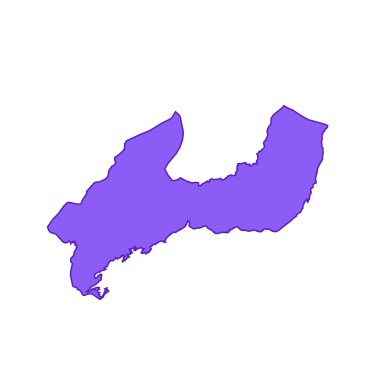 the district of Kolaka Utara, Sulawesi Tenggara, Indonesia, rotated 239°
{"feature_id": "22746128B11198700179718", "entity_name": "Kolaka Utara", "entity_type": "district", "adm_level": 2, "iso_a3": "IDN", "parent_name": "Indonesia", "parent_adm1": "Sulawesi Tenggara", "projection": "natural_earth1", "projection_center": [121.032, -3.263], "detail": "fine", "context": "isolated", "style": "filled", "palette": "violet", "viewbox_px": 384, "rotation_deg": 239, "n_neighbors": 0, "source": "geoboundaries", "source_scale": "gbopen_adm2", "svg_char_len": 6001}
<svg xmlns="http://www.w3.org/2000/svg" viewBox="0 0 384 384"><g transform="rotate(239 192 192)"><path d="M218.7,315.1L217.9,313.3L217.4,310.9L216.3,302.2L214.5,297.9L209.8,294.8L207.7,290.1L205.0,287.3L202.8,287.0L200.8,285.2L198.5,281.6L197.6,279.1L196.8,278.4L193.8,277.6L193.0,276.8L192.4,275.2L192.4,273.6L191.5,272.4L192.2,270.5L191.2,268.5L191.3,267.2L189.5,267.1L187.7,266.3L185.7,264.5L185.5,263.6L185.1,263.8L184.1,262.7L183.0,262.4L183.7,262.1L183.1,261.7L183.3,260.6L183.8,260.6L184.8,259.5L183.7,256.4L184.1,255.5L185.1,255.3L186.2,255.8L186.6,254.2L187.6,253.2L189.7,253.1L191.0,248.6L192.0,247.5L192.5,245.7L191.6,244.9L191.3,245.1L191.0,244.4L190.7,244.8L190.6,244.1L188.7,242.4L187.7,242.8L186.4,239.5L183.8,237.9L185.6,234.5L186.7,234.1L186.6,232.7L187.2,231.0L186.3,229.3L186.7,228.5L186.0,227.0L186.8,223.8L189.0,223.6L189.2,221.8L191.4,217.1L193.2,215.7L193.1,213.1L192.1,212.7L191.6,211.7L193.3,211.0L193.1,210.4L193.4,209.9L193.5,204.8L193.1,202.5L194.0,201.0L196.4,202.3L197.2,201.7L198.5,199.9L199.4,197.5L200.7,195.4L202.3,195.0L202.3,194.1L210.2,189.2L209.9,186.4L210.9,182.5L212.0,181.0L218.9,180.1L225.9,180.5L229.0,186.4L233.1,198.1L236.3,204.3L241.4,210.5L246.0,214.2L248.9,215.8L262.5,220.6L264.2,220.7L269.3,219.2L266.3,213.7L265.7,211.6L266.5,202.6L266.4,187.1L267.8,178.6L269.6,162.4L268.1,159.4L264.0,156.5L262.7,154.2L261.5,147.2L261.5,144.2L260.8,142.8L256.3,141.5L255.2,140.4L255.3,136.7L253.4,132.1L249.3,128.5L247.9,126.2L247.7,123.7L248.3,118.0L249.9,114.8L250.2,113.1L246.9,102.2L244.7,100.7L241.8,94.5L239.1,90.6L239.5,89.3L241.3,86.7L246.3,81.4L246.9,80.1L246.9,78.7L245.8,74.5L242.3,66.4L240.2,58.4L236.5,50.3L233.9,49.6L231.8,49.6L229.9,50.1L226.2,53.6L215.6,55.7L214.0,56.8L212.8,59.4L213.5,60.9L212.9,61.6L211.2,61.8L210.1,61.3L210.9,63.2L210.2,63.6L210.8,64.5L210.3,65.8L209.6,65.8L209.5,65.3L209.8,64.9L209.3,64.6L208.5,65.1L208.4,65.9L207.8,65.8L206.6,64.4L206.2,65.1L205.5,65.2L205.4,65.8L204.1,65.0L203.7,64.0L203.1,63.9L201.1,59.9L199.5,59.0L198.4,57.3L197.6,54.3L197.0,53.3L194.8,52.3L192.2,52.6L186.5,47.2L183.4,45.1L173.4,41.5L172.1,41.5L169.3,44.0L167.6,43.7L165.0,45.3L162.8,45.5L160.7,45.2L159.3,45.8L158.7,46.7L158.2,50.3L156.0,54.0L147.6,57.6L147.2,59.3L147.9,61.0L147.7,61.9L149.5,64.2L149.9,69.5L150.7,69.5L151.8,68.3L152.2,69.0L153.6,69.7L153.9,67.4L153.3,67.6L152.6,66.8L151.8,66.7L151.1,64.9L150.1,64.4L150.0,63.7L149.2,63.1L149.2,62.3L148.5,60.5L149.1,60.1L149.2,59.3L150.0,59.0L151.4,60.0L152.1,59.0L152.7,59.2L153.2,59.8L153.1,61.0L155.2,59.6L156.3,60.5L156.4,62.4L156.9,62.0L157.8,63.3L158.1,63.2L159.6,60.2L159.5,59.1L158.3,58.9L158.1,57.7L160.4,57.3L160.2,55.7L159.5,55.1L159.4,52.9L160.2,50.6L160.7,50.1L161.3,54.4L162.5,55.4L162.9,57.1L162.4,58.3L162.4,62.6L163.1,63.5L162.8,65.0L163.9,66.8L163.2,68.1L164.3,69.6L165.2,69.7L165.7,70.5L166.3,70.4L167.1,71.7L167.8,71.5L168.1,71.9L168.7,70.7L168.3,69.7L168.9,68.7L168.3,68.3L167.5,66.2L168.4,64.6L169.4,64.6L170.7,65.4L171.8,68.1L171.5,70.9L170.8,71.7L171.2,73.5L171.0,74.9L170.2,76.0L170.5,77.4L170.3,78.4L171.6,77.5L172.3,77.6L171.9,81.0L172.7,81.7L175.2,86.2L174.7,87.0L174.8,87.6L173.6,89.0L174.2,90.3L174.0,91.2L175.1,92.9L172.9,93.7L173.2,94.6L172.8,96.7L173.3,97.3L172.8,97.5L173.2,98.0L173.1,98.5L173.5,98.4L173.7,98.9L173.6,99.8L172.9,100.1L172.7,101.3L171.4,101.3L171.6,100.4L170.4,99.0L169.6,98.7L169.1,97.7L168.6,97.6L168.3,97.1L168.6,96.7L168.0,96.5L167.7,97.1L169.0,98.6L168.7,99.0L169.1,100.0L168.7,99.2L168.0,99.3L168.4,99.6L168.1,100.1L169.0,103.0L168.6,104.9L169.4,104.9L170.5,103.8L171.9,104.3L170.8,104.8L171.2,105.6L170.8,106.4L171.3,107.3L170.9,107.4L171.6,108.1L170.6,108.9L170.5,109.5L171.9,109.6L172.6,108.2L172.9,108.3L172.5,108.6L172.8,109.3L172.5,109.8L173.0,109.4L174.2,109.7L174.7,109.1L174.3,108.7L175.4,109.0L174.2,111.6L174.3,113.6L174.9,114.9L174.0,115.0L173.4,114.0L173.0,114.5L173.1,113.4L172.9,113.2L173.0,113.8L172.6,113.8L172.1,112.7L171.2,112.8L171.0,113.6L171.6,114.1L171.2,114.9L171.4,116.2L170.4,120.1L169.1,120.1L168.1,121.6L167.8,120.8L168.2,119.9L167.1,119.2L166.6,117.5L165.9,117.1L164.6,118.4L164.1,121.3L162.8,120.6L162.5,121.6L162.9,123.2L162.4,123.9L163.2,124.3L163.0,125.8L163.6,126.2L163.8,127.1L164.3,126.9L164.8,128.4L164.9,127.8L165.8,127.5L166.5,128.5L166.4,129.6L166.9,131.0L166.9,131.8L166.0,133.3L166.3,137.8L165.8,140.4L164.8,141.9L164.1,141.8L163.6,142.6L163.1,142.3L162.7,143.7L164.5,143.7L164.7,145.1L165.9,146.7L166.6,151.4L167.2,151.8L166.9,152.7L167.2,155.0L165.7,157.3L166.3,159.6L166.0,159.6L165.8,162.3L166.4,162.6L165.8,163.1L165.8,167.4L166.2,167.8L166.0,168.6L167.1,169.8L167.1,170.8L168.1,171.7L168.3,172.5L169.3,172.9L169.4,173.7L167.6,174.6L164.3,172.0L159.7,174.3L158.8,176.1L158.5,178.3L157.7,178.9L156.8,181.5L156.6,182.8L157.0,183.4L156.6,183.6L156.3,186.1L155.5,186.1L154.4,187.1L152.8,186.9L149.3,189.1L146.5,189.8L145.8,190.7L145.1,190.3L143.2,192.3L142.2,196.5L140.2,199.5L140.1,200.5L139.1,200.8L138.8,202.2L139.8,203.9L139.3,203.7L139.7,204.5L139.5,208.9L139.9,209.3L139.5,209.9L139.2,212.8L134.2,214.4L132.3,216.6L131.9,218.0L129.5,219.9L127.7,224.3L127.9,224.9L125.7,227.4L125.2,227.4L123.7,228.7L122.5,230.4L122.5,233.2L123.1,234.7L122.8,235.5L121.2,237.3L120.7,238.8L116.9,240.8L114.8,243.4L114.4,246.0L116.7,263.7L117.2,264.6L117.7,269.3L118.1,269.4L119.1,272.2L118.7,274.7L120.9,277.8L121.0,278.7L123.5,280.3L124.9,282.9L125.6,283.5L126.2,285.8L126.8,286.7L126.3,286.9L124.4,285.9L123.7,286.0L124.0,286.7L124.9,287.4L125.5,289.3L126.4,289.4L127.5,290.5L128.6,290.9L129.0,292.6L129.9,293.1L130.5,294.3L131.5,294.2L133.3,295.2L133.9,297.0L133.5,298.0L135.3,298.9L136.2,300.2L135.9,303.0L136.8,303.7L139.3,304.2L143.1,307.7L144.1,309.1L147.0,311.2L148.8,313.5L152.5,320.1L153.4,321.1L155.6,322.4L158.4,324.9L160.7,325.7L161.9,326.8L164.1,326.6L166.1,328.1L167.9,328.4L170.3,330.8L173.3,332.3L175.4,335.0L176.2,337.3L176.7,337.4L177.6,341.0L179.1,342.5L181.4,340.9L194.1,328.9L200.6,325.2L210.7,320.3L213.0,318.4L218.7,315.1Z" fill="#8b5cf6" stroke="#5b21b6" stroke-width="1.5"/></g></svg>